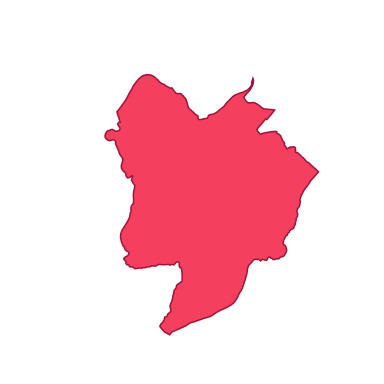 outline of Pursat, Pouthisat, Cambodia, rotated 38°
{"feature_id": "14789045B81185563432345", "entity_name": "Pursat", "entity_type": "district", "adm_level": 2, "iso_a3": "KHM", "parent_name": "Cambodia", "parent_adm1": "Pouthisat", "projection": "robinson", "projection_center": [103.921, 12.468], "detail": "fine", "context": "isolated", "style": "filled", "palette": "rose", "viewbox_px": 384, "rotation_deg": 38, "n_neighbors": 0, "source": "geoboundaries", "source_scale": "gbopen_adm2", "svg_char_len": 6046}
<svg xmlns="http://www.w3.org/2000/svg" viewBox="0 0 384 384"><g transform="rotate(38 192 192)"><path d="M83.1,159.8L83.5,168.6L83.6,172.9L83.4,175.0L85.8,176.8L88.5,178.5L92.3,181.1L91.8,181.4L91.4,182.6L91.5,184.1L92.4,184.7L94.1,185.3L95.9,186.0L96.6,186.7L96.6,188.5L95.5,190.2L94.7,191.1L90.7,191.7L90.0,192.4L89.2,193.9L87.9,195.6L87.7,197.5L87.9,198.3L88.1,199.8L88.7,200.9L89.6,202.1L90.5,202.7L92.0,203.0L93.6,202.9L95.3,202.5L98.0,199.1L99.1,198.8L100.4,199.1L101.4,199.8L102.0,201.1L103.5,201.8L106.0,203.2L108.7,204.7L110.5,206.0L111.9,206.7L115.7,207.9L117.5,208.9L118.2,210.1L119.0,212.0L119.9,214.4L120.4,215.2L121.7,216.6L122.8,217.1L124.5,217.7L126.4,218.0L127.8,217.9L129.2,218.9L130.2,220.0L132.6,220.6L133.5,219.8L134.3,217.5L135.1,215.9L135.9,216.6L136.2,218.3L136.6,219.3L137.1,220.1L138.2,220.3L138.9,220.6L139.4,221.0L140.8,221.5L142.6,221.9L143.3,222.7L144.4,224.4L145.1,226.2L145.7,227.4L146.9,229.5L148.1,231.0L150.3,233.5L151.2,234.6L151.9,235.9L152.8,237.0L152.8,239.8L152.9,240.4L153.7,242.1L154.9,243.7L155.9,244.8L156.1,245.4L156.2,246.5L157.8,249.2L158.4,250.7L158.8,252.0L159.2,254.3L159.5,256.2L160.3,264.5L160.8,266.6L161.7,269.0L162.9,270.9L163.8,272.0L165.3,273.2L166.1,273.9L167.1,274.7L168.0,275.1L170.3,276.7L172.6,277.1L173.3,277.6L173.7,278.1L175.5,278.7L176.4,278.8L177.4,278.7L178.3,278.4L179.0,278.5L180.2,279.0L180.6,280.5L180.5,281.3L180.2,282.6L179.7,283.6L179.1,285.5L179.3,286.7L181.2,287.2L183.0,287.5L183.8,288.9L184.7,289.3L185.5,289.4L186.7,288.5L187.4,288.5L188.0,289.0L188.9,289.3L189.9,288.7L190.8,288.0L191.4,287.6L192.3,287.5L193.2,287.7L193.7,287.8L194.7,287.2L195.3,286.6L196.8,284.8L197.5,284.1L198.2,283.6L199.2,283.1L199.8,282.4L200.2,281.6L201.4,280.7L201.8,280.2L202.4,279.2L203.2,278.3L203.8,277.7L204.4,277.4L204.9,276.7L205.6,275.5L207.3,273.6L208.2,273.4L208.9,272.9L209.5,271.6L209.9,270.5L210.4,269.5L211.7,268.7L212.9,267.8L214.4,266.9L215.9,265.4L218.4,263.4L219.0,263.3L219.8,263.1L220.0,262.1L220.6,261.6L221.1,261.3L221.7,261.0L222.5,260.7L222.7,259.7L222.7,258.8L222.8,257.7L223.0,257.1L223.1,256.5L223.6,255.9L224.9,255.5L225.9,255.9L227.0,257.6L228.0,258.7L228.6,258.9L230.7,258.8L231.4,259.3L232.2,260.0L234.1,262.1L235.4,263.6L236.7,265.3L239.0,268.2L238.6,270.1L238.1,271.9L237.7,272.9L237.4,274.3L237.4,275.1L237.8,275.9L238.5,277.5L238.5,279.2L238.4,280.2L243.5,290.8L244.0,293.4L244.5,294.3L244.9,295.6L247.4,297.4L248.1,298.1L248.8,298.9L248.6,300.6L248.1,302.9L248.4,304.1L248.8,304.7L248.6,305.8L248.2,306.7L247.5,307.4L248.7,309.6L248.9,310.4L249.0,311.7L249.2,312.6L248.8,314.1L248.8,315.1L249.0,315.8L249.0,317.0L249.8,317.9L250.7,318.0L251.8,318.3L254.8,318.9L256.8,319.1L259.8,318.7L261.4,318.4L262.3,318.3L262.3,314.8L269.1,302.2L269.8,300.3L270.5,298.2L271.1,296.4L271.8,295.2L273.4,293.3L274.9,290.8L277.4,287.1L279.8,283.2L281.4,281.2L282.3,279.7L283.4,278.4L283.7,277.3L284.7,274.0L285.7,271.2L287.5,267.1L289.4,263.8L291.0,260.2L292.2,257.3L293.0,254.6L293.2,252.3L293.1,250.4L292.9,248.1L292.6,246.3L292.0,244.3L291.7,242.7L291.3,238.3L291.0,237.1L289.8,233.7L288.5,230.1L287.6,227.6L286.8,225.9L286.4,224.6L285.6,222.8L284.5,220.8L282.7,217.7L282.4,216.4L282.0,215.8L281.9,214.8L282.1,214.1L282.2,210.9L282.3,208.4L282.7,206.8L283.2,206.0L284.8,205.1L285.6,204.3L286.3,204.1L287.6,204.0L288.4,204.1L288.6,202.3L288.9,201.8L289.9,201.3L291.4,200.8L292.9,199.8L292.9,199.1L292.7,198.5L292.4,197.5L292.4,196.4L292.9,195.6L293.7,195.3L294.6,195.5L295.3,195.4L296.0,195.0L296.7,195.2L297.3,195.2L298.3,194.7L299.0,193.9L299.6,192.8L300.4,192.0L301.3,191.6L301.6,190.8L301.7,189.7L301.9,188.8L302.3,188.1L303.0,187.4L303.7,186.3L303.7,185.2L303.6,183.9L303.4,182.7L303.2,181.2L302.6,179.8L301.9,179.0L299.9,177.6L298.9,177.0L298.1,176.8L297.2,177.0L296.2,176.9L295.4,176.6L294.9,175.3L294.1,174.1L293.8,172.9L293.7,172.0L293.5,171.0L293.2,170.4L293.1,168.8L293.3,168.0L293.7,167.2L293.1,166.2L292.9,165.6L293.2,164.8L293.4,164.1L293.4,163.5L293.0,162.6L292.8,161.3L294.2,158.6L294.3,157.4L293.9,156.8L293.4,155.7L293.4,154.1L292.4,152.6L291.9,151.1L291.3,150.0L290.6,149.0L290.3,148.1L290.0,146.0L288.6,144.0L287.7,143.5L286.5,143.1L286.1,141.6L285.6,140.6L285.3,139.7L285.7,138.9L285.4,137.3L285.0,135.9L284.3,134.9L283.2,132.6L282.0,132.1L281.1,129.9L280.4,128.0L279.6,124.0L279.2,121.9L279.0,119.7L279.0,119.0L279.2,116.6L278.9,112.6L278.5,110.0L278.8,107.0L279.1,102.8L279.3,98.2L276.5,97.8L272.9,97.7L269.6,97.5L265.7,97.0L264.6,97.6L262.0,97.2L258.8,96.5L258.2,96.8L254.6,96.3L250.8,96.0L249.6,96.9L248.4,96.4L248.3,95.6L247.1,94.9L247.0,94.2L246.1,93.4L245.0,93.5L244.0,93.9L243.3,94.9L242.0,95.8L240.7,98.6L240.4,99.5L239.4,99.2L238.0,98.6L236.0,98.2L235.4,97.5L235.0,96.6L233.7,96.0L233.1,96.2L231.3,95.3L228.3,93.8L227.2,93.1L225.2,92.9L222.9,93.4L222.0,93.0L221.7,92.3L220.4,92.9L217.4,95.6L212.9,100.7L211.1,102.8L210.5,104.4L207.7,103.9L206.0,103.6L204.7,102.6L204.5,100.4L204.9,95.6L205.0,89.6L205.2,88.7L206.4,88.8L206.5,85.0L206.7,81.1L206.6,76.5L205.2,77.3L203.4,78.4L201.7,79.6L199.3,81.0L197.7,82.2L194.9,82.6L191.5,82.4L187.9,82.8L185.2,83.7L182.7,86.3L181.0,87.2L178.4,87.0L175.9,86.2L174.4,85.1L174.5,80.7L174.9,76.4L174.6,73.0L173.6,69.2L172.4,67.0L170.9,65.4L170.0,64.9L171.4,68.6L173.0,70.8L173.3,72.9L173.2,75.9L172.6,78.1L170.7,82.0L168.9,84.5L166.0,89.5L165.3,92.4L164.8,96.7L164.5,99.5L164.3,101.0L164.5,104.0L163.9,107.5L163.1,110.4L162.5,113.6L161.3,116.8L160.2,118.2L158.7,119.7L157.9,121.3L158.4,123.2L158.6,124.6L156.4,126.8L154.8,128.9L153.2,130.6L151.9,130.6L149.8,128.4L148.3,128.6L146.4,128.6L143.3,128.3L139.6,128.1L137.0,127.6L135.1,126.2L132.7,124.4L130.5,122.8L129.0,122.3L126.9,122.0L125.6,121.6L124.7,121.7L123.2,121.3L122.2,121.6L120.6,122.8L119.1,124.1L118.1,123.8L116.2,123.6L113.9,122.8L112.0,122.3L111.0,123.6L110.1,123.6L108.8,124.0L107.3,124.1L105.6,124.6L104.0,124.2L102.5,124.9L99.7,125.3L98.4,125.2L96.3,124.8L90.9,124.5L87.7,125.1L84.0,127.4L81.5,130.9L80.4,135.4L80.3,140.0L80.4,144.6L81.2,148.0L81.5,151.6L82.1,154.4L83.1,159.8Z" fill="#f43f5e" stroke="#9f1239" stroke-width="1.5"/></g></svg>